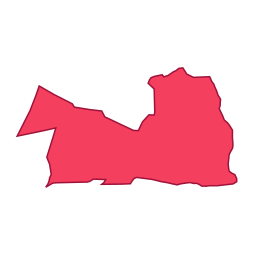 São José de Mipibu, Rio Grande do Norte, Brazil (Robinson projection), rotated 92°
{"feature_id": "56859067B18331255180622", "entity_name": "São José de Mipibu", "entity_type": "district", "adm_level": 2, "iso_a3": "BRA", "parent_name": "Brazil", "parent_adm1": "Rio Grande do Norte", "projection": "robinson", "projection_center": [-35.288, -6.078], "detail": "fine", "context": "isolated", "style": "filled", "palette": "rose", "viewbox_px": 256, "rotation_deg": 92, "n_neighbors": 0, "source": "geoboundaries", "source_scale": "gbopen_adm2", "svg_char_len": 1381}
<svg xmlns="http://www.w3.org/2000/svg" viewBox="0 0 256 256"><g transform="rotate(92 128 128)"><path d="M190.0,208.1L185.7,201.3L185.2,197.2L183.4,166.6L182.6,164.2L180.3,160.8L180.3,148.5L183.4,150.2L185.2,152.3L184.3,132.5L184.0,128.5L183.6,123.6L180.9,122.1L178.1,120.1L177.1,117.5L178.1,106.7L178.5,102.3L179.3,98.3L180.6,92.2L180.9,89.5L181.4,86.0L182.1,82.6L183.1,76.9L182.0,73.7L180.7,66.6L180.4,64.0L181.1,60.3L180.9,57.5L182.0,54.7L183.5,52.3L183.4,47.8L182.8,44.2L182.6,37.0L180.2,21.0L177.9,17.5L174.8,17.6L170.9,19.6L169.4,22.9L167.5,25.5L161.7,26.5L159.5,26.6L154.8,26.2L151.6,26.1L149.0,25.1L144.5,22.8L141.4,22.5L138.1,22.8L135.2,23.2L131.5,23.4L126.6,23.5L121.6,26.8L119.3,28.8L116.6,32.1L112.6,33.8L105.5,37.5L102.2,36.7L99.6,36.7L96.1,36.5L91.8,39.3L87.9,40.7L83.9,42.7L81.1,43.8L78.9,45.7L73.9,48.2L75.1,64.3L72.1,71.1L66.0,75.3L66.7,79.4L69.0,82.0L70.2,84.5L71.6,86.4L74.2,89.9L75.6,94.0L73.6,95.7L74.4,99.0L75.5,103.4L76.9,106.7L79.2,108.2L82.6,109.4L88.1,103.2L111.3,101.8L114.2,102.4L114.1,107.5L121.3,113.7L130.3,117.6L130.2,122.5L125.1,134.4L120.2,145.7L117.7,151.6L111.9,154.9L111.0,166.3L109.0,182.4L105.8,184.5L97.2,203.0L89.1,218.2L98.9,221.2L114.3,226.6L140.0,238.5L133.9,213.5L130.5,200.2L137.2,201.9L160.0,208.1L167.2,205.0L177.1,203.1L180.7,204.6L183.7,205.0L186.8,206.1L190.0,208.1Z" fill="#f43f5e" stroke="#9f1239" stroke-width="1.5"/></g></svg>